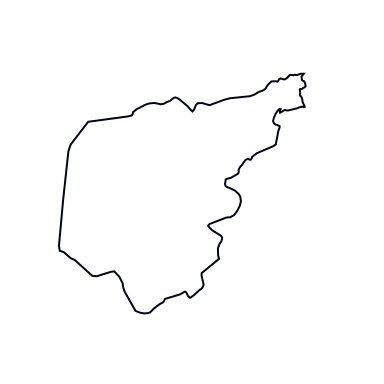 the border of Kerman, rotated 251°
{"feature_id": "IRN-3248", "entity_name": "Kerman", "entity_type": "Province", "adm_level": 1, "iso_a3": "IRN", "parent_name": "Iran", "parent_adm1": "", "projection": "natural_earth1", "projection_center": [57.389, 29.03], "detail": "fine", "context": "isolated", "style": "outline", "palette": "ink", "viewbox_px": 384, "rotation_deg": 251, "n_neighbors": 0, "source": "natural_earth", "source_scale": "10m", "svg_char_len": 2442}
<svg xmlns="http://www.w3.org/2000/svg" viewBox="0 0 384 384"><g transform="rotate(251 192 192)"><path d="M120.0,195.8L112.2,174.8L109.9,173.8L100.9,172.9L99.1,171.7L98.2,170.7L97.3,169.1L96.9,167.3L93.8,160.2L92.7,156.5L92.7,155.5L94.5,154.7L94.9,154.4L98.8,153.9L100.1,152.9L100.0,151.6L99.5,149.7L99.1,146.9L99.7,131.5L98.5,130.5L97.2,128.9L96.3,124.1L94.1,117.7L91.9,113.4L91.8,111.0L92.7,107.5L94.6,103.9L98.0,99.9L120.0,95.8L125.0,96.0L128.2,96.7L135.6,95.7L142.3,92.6L142.9,89.3L143.4,74.3L145.2,70.4L165.9,59.0L168.7,55.9L176.8,51.2L178.6,49.1L179.5,47.8L184.5,48.7L226.3,67.5L270.8,88.4L276.4,92.8L292.2,116.7L284.3,156.1L284.0,160.1L284.9,161.1L286.7,162.3L288.3,166.5L289.7,176.6L289.6,180.8L288.4,185.5L285.2,190.9L284.6,193.9L285.2,197.1L285.3,201.0L286.4,203.6L286.9,205.5L286.8,207.2L285.7,208.6L283.9,210.1L274.7,215.7L270.3,217.4L268.0,218.7L269.5,221.1L272.7,223.7L274.1,226.1L272.9,230.4L268.4,236.8L268.7,253.3L268.2,258.8L263.7,278.0L263.8,282.7L264.7,286.7L264.9,288.5L264.8,291.6L265.6,294.8L268.6,298.6L270.7,303.1L269.6,306.8L268.5,308.8L269.1,309.9L270.4,311.2L270.5,312.8L269.2,314.4L268.2,316.6L269.0,319.4L270.3,321.2L270.7,323.0L270.1,324.8L269.3,325.8L269.4,327.4L268.9,328.2L268.4,329.4L268.4,332.3L268.2,334.1L267.4,336.2L265.8,333.6L265.2,333.0L264.1,333.0L262.6,332.4L261.4,332.7L260.3,334.0L258.5,334.3L256.6,334.2L254.9,333.8L254.3,332.5L254.2,331.0L253.7,330.0L253.6,329.0L254.0,328.2L254.1,327.6L253.3,327.1L250.9,326.7L249.3,326.0L247.9,325.6L246.6,326.3L244.4,326.5L241.2,325.9L235.9,326.3L235.8,325.3L236.7,324.3L237.1,321.6L237.1,320.2L236.9,318.8L237.8,309.5L238.3,308.0L239.1,307.1L239.3,306.3L239.2,305.1L238.3,302.0L238.3,301.1L239.2,301.1L241.6,302.7L242.0,301.8L240.8,299.2L238.5,296.3L235.5,293.6L232.8,291.8L230.2,291.8L228.6,292.9L227.6,294.4L225.8,296.3L224.6,295.9L221.9,293.7L209.7,286.7L208.9,284.0L207.6,266.1L206.4,262.4L205.4,260.0L204.3,259.4L203.4,258.0L204.1,256.6L205.2,255.6L204.9,253.2L203.1,250.3L201.3,248.2L200.4,246.3L198.8,244.1L196.8,242.9L195.6,242.7L194.8,242.0L194.2,241.0L192.8,233.6L193.1,228.7L192.8,227.9L188.7,225.8L186.6,225.7L184.8,227.2L183.6,228.8L179.3,233.1L174.6,235.6L172.1,236.1L167.4,235.3L163.4,232.7L160.0,229.3L156.5,224.5L155.7,219.8L156.7,216.3L156.0,198.1L154.9,196.3L153.7,196.5L149.0,198.8L141.1,205.2L139.1,205.7L137.4,204.8L135.6,203.5L133.9,201.1L130.4,198.2L123.3,196.0L120.0,195.8Z" fill="none" stroke="#020617" stroke-width="2"/></g></svg>